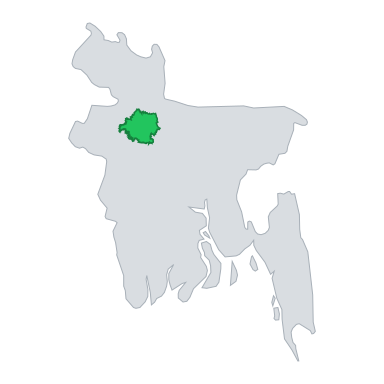 location of Bogra, Rajshahi, Bangladesh
{"feature_id": "16705992B87441692505107", "entity_name": "Bogra", "entity_type": "district", "adm_level": 2, "iso_a3": "BGD", "parent_name": "Bangladesh", "parent_adm1": "Rajshahi", "projection": "mercator", "projection_center": [89.284, 24.83], "detail": "fine", "context": "in_parent", "style": "filled", "palette": "green", "viewbox_px": 384, "rotation_deg": 0, "n_neighbors": 0, "source": "geoboundaries", "source_scale": "gbopen_adm2", "svg_char_len": 9423}
<svg xmlns="http://www.w3.org/2000/svg" viewBox="0 0 384 384"><path d="M123.7,286.1L123.7,275.6L116.7,254.9L117.1,252.6L115.6,242.6L113.9,237.1L113.0,231.2L117.1,222.7L115.5,221.3L106.2,218.7L105.1,216.5L107.1,208.1L100.5,200.2L97.8,194.3L104.9,175.1L106.7,161.7L106.2,159.1L101.8,156.1L94.1,154.9L88.7,152.4L85.5,148.6L82.8,147.1L79.5,148.2L75.3,146.7L71.7,142.9L68.7,138.4L69.9,133.3L75.5,121.5L77.6,121.1L82.4,123.4L84.2,123.4L87.4,118.7L91.9,105.3L107.5,106.4L111.2,106.0L115.1,104.9L117.2,103.2L118.4,101.1L118.0,99.2L113.2,96.7L111.4,94.8L110.0,89.4L108.6,87.4L99.2,87.1L94.4,84.6L91.7,82.4L86.9,75.1L81.0,69.6L75.4,68.4L73.2,66.6L72.0,63.8L72.7,59.7L75.5,52.0L91.0,35.1L91.4,33.2L90.8,31.1L86.3,28.4L86.0,27.0L87.3,23.5L89.9,23.0L95.2,26.3L100.7,31.5L103.9,36.1L104.0,39.8L108.2,40.5L111.8,42.1L115.4,41.6L117.8,42.5L119.4,42.2L120.0,40.1L116.9,34.8L118.4,32.6L122.0,32.7L124.6,34.7L126.4,38.8L126.8,45.1L131.0,50.8L136.5,54.9L140.8,56.8L146.0,58.1L150.4,56.8L152.6,52.8L151.6,49.3L152.3,46.1L154.1,44.3L156.9,44.4L159.0,46.9L165.0,60.6L163.8,66.7L165.1,83.3L163.6,94.2L164.5,98.4L165.6,99.1L174.7,101.2L187.9,105.5L198.0,107.1L243.7,105.9L253.6,108.0L284.1,106.4L292.4,109.9L301.5,115.5L306.5,119.7L307.4,122.1L306.9,124.2L305.2,125.3L302.1,125.3L294.9,122.6L293.7,123.4L293.6,129.9L287.8,146.2L286.9,151.3L284.9,153.3L278.9,154.3L274.9,163.8L273.2,164.9L269.3,162.9L266.8,163.2L263.8,164.1L260.7,166.3L258.5,169.0L256.1,169.9L247.6,169.7L246.0,174.1L240.4,179.9L236.6,195.1L236.8,199.7L241.6,211.8L244.8,227.5L246.1,229.1L247.7,229.2L247.8,222.0L249.3,221.1L251.3,221.9L255.3,231.6L257.6,234.0L261.1,234.7L265.2,233.3L268.2,230.4L269.4,227.4L268.3,216.8L270.2,212.5L277.1,206.1L278.2,204.2L277.7,193.6L280.3,193.2L283.8,194.1L288.3,191.5L289.6,191.5L291.5,194.2L294.6,193.7L299.4,214.7L299.7,229.5L300.8,237.7L302.5,239.5L307.8,251.8L312.7,294.9L313.2,322.1L315.3,331.4L313.6,333.5L311.9,333.9L310.3,330.6L299.2,323.7L296.4,324.4L292.6,328.4L291.1,332.1L291.7,337.4L293.0,342.5L295.6,345.4L295.8,348.7L298.8,360.9L297.9,361.0L291.9,349.9L284.5,338.9L282.1,319.3L281.9,309.6L276.8,298.2L272.1,278.3L274.2,271.2L270.6,274.3L265.0,262.3L256.3,250.5L253.8,245.3L253.7,240.2L249.9,245.3L244.8,248.9L239.5,254.3L236.1,255.9L225.1,256.9L218.7,249.7L209.6,232.1L208.4,228.1L209.6,217.7L207.4,207.8L206.8,199.1L205.2,199.9L204.5,202.3L204.9,205.9L204.2,209.0L188.9,207.0L195.4,212.2L202.4,213.4L206.1,218.1L206.3,225.8L199.4,230.4L200.0,234.3L204.0,239.1L199.2,240.4L197.9,243.5L197.8,248.0L201.1,254.7L200.6,257.4L206.3,266.3L207.4,270.5L206.0,276.5L193.5,288.7L189.9,297.3L186.8,301.3L183.0,302.0L178.3,298.0L178.2,293.8L179.2,290.4L185.7,282.4L182.2,283.5L172.0,290.1L170.1,284.8L168.8,279.8L168.8,273.6L173.7,264.5L168.2,269.1L166.6,274.8L167.3,281.5L166.6,286.2L164.4,292.4L161.5,296.1L156.7,298.5L154.6,302.2L151.4,304.9L150.3,292.4L146.8,275.5L146.1,279.2L147.9,289.6L147.8,296.4L145.2,301.8L139.9,307.5L135.9,308.3L133.5,307.5L126.0,298.8L125.3,290.6L123.7,286.1ZM216.1,286.3L206.8,288.3L202.0,287.7L210.9,272.5L210.6,265.7L209.2,260.2L204.7,255.7L204.5,252.6L202.4,248.2L201.4,243.1L206.4,241.5L210.4,244.4L211.9,250.2L213.9,254.5L220.9,263.4L220.8,268.9L218.9,282.2L216.1,286.3ZM236.0,281.3L230.4,285.4L232.2,261.4L236.4,270.3L237.5,275.1L236.0,281.3ZM257.8,269.4L255.3,271.1L253.0,269.6L250.0,264.0L251.5,256.8L252.4,255.8L256.0,263.1L257.8,269.4ZM278.8,319.8L275.5,320.1L274.0,318.4L274.7,316.0L273.8,308.2L277.9,307.5L279.4,313.9L278.8,319.8ZM275.2,298.2L272.8,305.9L271.8,302.4L273.5,295.7L275.2,298.2ZM208.8,235.7L209.8,238.2L204.6,235.0L203.2,232.7L205.5,231.5L208.8,235.7Z" fill="#d9dde1" stroke="#a8b0b8" stroke-width="1"/><path d="M155.6,113.7L155.2,114.1L154.8,114.0L153.6,113.4L153.1,113.4L152.8,113.7L152.6,113.8L152.0,113.9L151.7,113.8L151.6,114.1L151.3,114.0L151.2,114.2L149.9,113.9L149.5,114.0L149.3,113.9L149.3,113.7L148.9,114.0L148.5,114.0L147.9,113.8L147.7,113.5L147.3,113.4L147.2,112.9L146.4,112.8L146.2,113.2L145.7,113.2L145.8,113.0L145.9,112.8L145.6,112.8L145.5,112.6L145.2,112.6L145.3,112.9L145.2,113.1L145.0,112.8L145.3,112.2L145.2,111.9L144.6,112.1L144.8,112.3L144.6,112.4L144.4,112.3L144.4,112.1L144.0,112.1L143.7,112.6L143.6,112.0L143.3,111.9L143.1,111.5L142.9,111.8L142.3,111.8L142.6,112.4L142.1,112.4L141.9,112.5L141.8,113.6L141.7,113.4L141.6,113.1L141.4,112.9L140.7,112.4L140.2,112.5L140.0,111.6L140.2,111.2L139.9,111.2L139.8,110.9L139.6,110.8L139.4,110.5L139.2,110.7L139.0,110.4L138.7,110.5L139.0,110.3L139.2,109.9L138.9,109.8L138.8,109.2L138.2,109.2L137.9,109.6L137.5,109.6L137.1,109.4L137.1,109.6L136.9,109.5L136.8,109.9L136.4,110.2L135.9,111.3L135.4,111.5L134.6,112.4L134.4,112.4L134.2,112.6L134.4,113.3L134.1,113.6L133.9,114.2L134.0,114.7L133.6,115.2L133.2,115.3L132.5,114.7L132.4,115.0L132.8,115.1L132.6,115.4L132.2,115.5L132.0,116.1L131.5,116.4L131.9,116.4L132.0,116.6L131.5,116.6L131.2,116.7L131.2,117.0L131.6,117.3L130.9,117.4L130.5,118.2L130.7,118.5L130.8,118.4L131.0,118.6L130.9,118.9L131.0,119.1L131.0,119.5L131.1,119.8L130.8,119.7L130.6,119.2L127.5,119.4L127.8,118.6L127.3,118.5L127.3,118.3L127.1,118.3L126.9,118.4L126.8,118.2L126.5,118.1L126.3,118.6L125.7,118.7L125.9,119.6L126.0,119.5L125.5,120.3L125.6,120.6L125.4,120.7L125.5,120.9L125.8,121.5L126.0,121.6L126.0,122.1L126.4,122.1L126.2,122.5L126.2,122.8L125.8,123.0L125.3,122.7L125.0,123.2L125.3,123.2L125.4,123.7L125.7,123.6L125.8,123.8L125.3,123.9L125.1,124.2L124.5,123.9L124.4,124.2L124.1,124.2L123.9,124.6L123.7,124.4L123.5,124.5L123.4,124.4L123.1,124.5L122.9,124.7L122.9,124.9L122.1,124.8L121.8,125.3L121.5,125.2L121.5,124.8L121.0,124.9L120.4,124.7L119.8,125.1L119.6,125.3L119.7,126.0L119.8,126.0L119.8,126.5L120.3,126.5L120.0,126.8L119.8,126.6L119.8,126.8L119.4,126.8L119.5,127.7L120.0,127.8L120.0,128.0L119.8,128.1L119.7,128.8L119.4,128.8L119.8,129.2L119.7,129.3L119.6,129.8L119.2,130.3L119.2,130.8L119.2,131.4L119.6,131.8L119.6,131.5L119.9,131.3L120.4,131.5L120.4,130.9L120.6,130.9L120.8,130.2L121.2,130.2L121.6,130.3L121.7,130.0L122.1,129.9L122.1,129.4L122.3,129.3L123.0,129.3L123.5,128.8L123.8,128.8L123.9,129.3L124.1,129.0L124.4,129.3L124.5,129.3L124.7,129.1L124.8,129.3L124.8,129.0L125.0,129.0L125.1,128.9L125.6,129.0L125.7,129.3L125.4,129.9L125.4,130.3L125.7,130.4L125.5,130.6L125.8,130.8L125.7,131.0L126.1,131.1L125.8,131.3L125.5,131.7L126.2,132.1L125.9,132.3L125.7,132.5L125.4,132.3L125.4,133.0L126.3,132.6L126.7,132.9L126.7,133.2L126.8,133.1L127.0,133.2L127.1,133.3L127.4,133.3L127.5,133.1L127.3,132.9L126.9,132.8L127.2,132.7L127.8,132.9L127.9,133.3L128.0,132.6L127.9,132.5L128.0,132.7L127.8,132.8L127.7,132.4L127.9,132.2L127.9,131.9L127.7,131.8L128.0,131.8L127.9,131.7L128.1,131.6L128.1,132.0L128.3,132.2L128.6,131.9L129.0,131.8L129.0,132.6L128.8,132.6L128.7,132.8L128.9,132.9L128.7,133.3L128.2,133.4L128.3,133.7L128.0,133.9L128.3,134.0L128.0,134.1L128.1,134.7L128.4,134.7L128.2,135.0L128.5,134.9L128.6,135.4L129.1,135.2L129.1,134.9L129.3,134.8L129.7,135.0L129.7,135.3L129.9,135.4L129.9,135.8L129.7,136.0L129.2,136.0L129.2,135.7L128.7,135.8L128.8,136.5L128.3,136.7L128.4,137.4L128.2,137.4L128.6,137.9L128.6,138.2L128.8,138.6L129.2,138.7L129.2,138.9L129.0,139.0L129.4,139.0L129.4,138.9L130.2,138.7L130.1,138.3L130.4,138.1L130.1,137.9L130.3,137.3L130.6,137.4L130.8,137.1L131.2,137.0L131.3,137.2L131.2,137.6L131.6,137.6L131.7,137.4L131.9,137.6L131.9,138.0L132.2,138.0L132.0,138.3L131.7,138.4L131.7,138.9L131.5,139.2L131.8,139.2L132.0,139.7L132.1,139.3L132.5,139.2L132.6,139.8L132.4,140.0L132.6,140.1L132.7,140.6L132.9,140.8L133.0,141.2L133.7,140.9L133.6,140.7L133.6,140.3L133.8,140.3L134.0,139.9L134.6,139.7L134.6,139.2L134.3,139.1L134.3,138.8L134.6,138.8L134.8,138.5L134.7,138.3L135.3,138.2L135.4,138.5L135.6,138.5L135.9,138.3L136.0,138.5L136.6,138.5L136.8,138.7L136.8,138.8L137.0,138.9L136.9,139.1L137.4,139.2L137.5,140.1L138.6,140.0L138.4,140.7L138.5,141.3L138.8,141.7L138.7,141.8L138.9,141.8L138.8,142.0L139.0,142.0L138.9,142.3L139.1,142.4L139.5,142.1L139.5,142.4L140.1,142.5L140.3,142.4L140.4,142.5L140.7,142.5L140.9,142.7L141.2,142.7L141.4,142.7L141.5,142.5L141.9,142.5L142.0,142.8L142.5,142.8L142.9,142.7L142.9,142.3L143.7,142.3L143.8,142.6L144.0,142.6L144.0,142.9L145.4,143.1L145.4,143.3L145.6,143.4L145.9,143.2L146.3,143.3L146.3,142.8L147.0,142.5L147.6,142.8L148.2,142.5L148.9,142.8L148.8,143.7L149.1,143.3L149.5,143.1L149.2,142.6L149.4,142.1L149.8,142.7L150.2,142.7L150.2,143.1L150.6,143.0L150.7,142.6L151.2,142.7L151.2,143.1L151.4,143.1L151.7,143.0L151.8,143.1L151.8,142.9L152.4,142.8L152.5,142.6L153.2,142.2L153.3,141.8L153.2,141.5L153.3,141.0L153.0,140.3L153.2,139.7L152.8,139.3L152.5,139.4L152.1,138.8L151.9,138.9L151.5,138.7L150.8,139.0L150.4,139.0L150.4,138.6L150.7,138.7L150.9,138.4L150.6,137.6L151.0,136.9L150.3,137.0L150.1,136.8L150.4,136.2L150.6,136.0L150.4,135.7L150.4,135.4L150.8,135.3L150.8,135.0L151.0,134.7L150.8,134.5L150.7,134.2L150.7,133.9L151.1,133.4L151.2,134.1L151.4,134.5L151.7,134.1L152.6,133.9L152.8,134.0L152.9,134.3L153.4,134.4L153.5,134.9L153.7,135.1L153.7,134.8L153.8,134.9L154.0,134.8L154.4,135.0L155.3,134.0L155.5,134.0L155.4,133.5L155.1,133.1L155.6,133.0L155.9,132.6L156.3,132.4L156.0,131.4L156.6,131.3L156.5,130.9L157.0,130.4L157.1,129.3L157.4,129.2L159.2,129.5L160.0,128.3L159.0,127.8L157.6,126.5L157.4,126.1L157.3,125.5L156.7,124.4L156.6,123.5L156.3,123.0L157.0,122.7L157.3,122.1L157.7,122.1L157.5,121.4L157.2,121.3L156.9,120.6L157.3,119.6L157.2,118.4L157.0,117.9L156.4,117.2L156.3,116.0L155.6,113.7Z" fill="#22c55e" stroke="#15803d" stroke-width="1.5"/></svg>